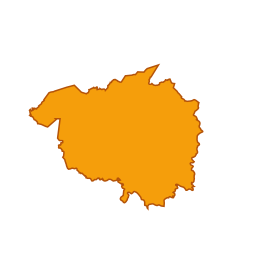 the district of Santiago Jocotepec, Oaxaca, Mexico, rotated 127°
{"feature_id": "50627088B21737017229754", "entity_name": "Santiago Jocotepec", "entity_type": "district", "adm_level": 2, "iso_a3": "MEX", "parent_name": "Mexico", "parent_adm1": "Oaxaca", "projection": "albers", "projection_center": [-95.984, 17.649], "detail": "fine", "context": "isolated", "style": "filled", "palette": "amber", "viewbox_px": 256, "rotation_deg": 127, "n_neighbors": 0, "source": "geoboundaries", "source_scale": "gbopen_adm2", "svg_char_len": 5786}
<svg xmlns="http://www.w3.org/2000/svg" viewBox="0 0 256 256"><g transform="rotate(127 128 128)"><path d="M64.5,117.5L65.4,119.0L65.7,120.3L65.3,121.3L63.7,123.9L64.3,124.6L64.9,124.5L65.1,124.7L65.4,125.2L66.2,125.2L66.8,126.4L66.7,126.8L66.9,127.0L68.2,126.8L70.3,127.5L71.2,128.8L72.8,129.8L73.2,129.8L74.1,129.2L74.7,129.2L75.1,129.7L76.1,130.1L76.5,130.8L77.3,131.4L78.2,133.2L78.3,133.9L78.1,135.7L79.0,135.8L79.4,136.1L80.2,137.3L80.2,137.6L79.9,138.3L79.5,138.6L78.8,138.7L77.8,139.1L77.3,139.7L76.6,140.3L75.5,140.2L75.2,140.4L74.0,140.8L73.4,140.3L59.3,141.6L69.0,148.4L71.0,148.8L73.8,148.9L76.6,152.9L77.3,154.0L80.9,154.2L81.6,155.3L82.2,155.9L83.3,156.5L87.9,161.5L95.1,161.0L95.7,161.2L96.4,162.5L96.4,163.5L96.8,164.2L96.6,164.9L97.0,167.5L97.5,167.8L97.5,168.0L98.2,168.6L100.0,168.8L100.4,169.1L101.6,168.7L102.2,169.6L102.7,169.3L103.9,169.4L104.2,169.1L104.9,169.2L105.1,169.4L105.4,169.5L105.8,169.3L106.3,169.6L107.7,168.5L108.1,168.4L111.5,168.7L111.3,168.9L111.2,170.4L112.2,171.6L112.8,171.8L113.1,172.2L113.2,173.1L113.4,173.3L113.4,174.1L113.7,173.9L113.9,174.3L114.8,174.8L115.9,175.8L115.3,176.4L114.3,176.7L113.9,177.4L114.3,177.8L115.4,178.0L116.0,178.4L116.3,178.8L116.1,179.7L116.2,179.9L117.3,180.0L117.7,180.6L118.2,180.6L119.2,181.3L120.1,181.5L120.7,182.2L120.9,182.3L121.2,181.8L122.0,181.4L123.7,181.0L124.6,181.6L125.7,181.8L127.5,186.7L126.2,196.6L132.4,201.5L142.9,208.9L143.9,209.4L145.8,211.3L147.4,212.3L155.1,212.2L156.2,212.1L156.3,211.6L157.2,211.6L158.5,212.1L159.5,212.2L160.6,211.7L164.1,212.6L164.4,212.1L164.6,212.0L167.0,212.7L167.8,212.5L168.4,213.6L168.3,214.1L169.9,214.4L169.4,214.9L170.0,214.9L170.1,215.2L169.5,215.6L169.6,216.3L169.9,216.5L170.5,215.5L171.4,215.0L172.4,215.3L171.9,217.2L173.2,217.3L173.8,216.3L174.8,215.4L175.0,214.7L176.0,214.4L175.8,213.5L176.3,212.9L177.1,213.6L177.1,212.6L176.4,211.0L177.0,209.4L177.8,208.0L177.4,206.4L177.6,205.5L177.6,204.4L178.9,202.7L178.4,202.3L178.4,201.8L177.3,199.5L176.2,194.6L175.5,192.8L164.5,190.5L164.3,191.5L161.5,187.8L178.5,178.1L179.2,175.8L179.1,175.0L177.5,172.6L178.3,171.7L179.1,171.4L180.1,172.6L180.5,172.5L181.7,171.6L182.2,171.6L182.9,172.8L183.6,173.0L184.1,172.4L185.3,171.7L185.6,171.2L184.7,169.8L185.1,167.7L185.7,167.0L186.0,166.9L186.1,166.5L185.5,165.6L185.7,164.8L186.7,164.0L188.8,162.8L189.3,162.5L190.6,162.5L191.2,159.6L192.7,157.7L192.9,157.2L193.4,156.7L193.8,155.9L195.3,154.1L196.6,151.9L196.5,151.3L196.7,150.8L195.7,149.7L193.9,148.6L193.4,148.0L192.8,146.4L192.3,145.8L191.6,145.5L191.2,144.9L191.3,144.4L191.6,143.8L192.3,143.4L192.4,141.3L192.8,140.3L193.2,139.9L193.0,139.6L192.4,139.2L192.7,138.2L191.8,137.5L192.3,133.4L191.8,133.1L192.1,132.0L193.0,131.7L192.5,130.0L191.2,128.2L191.0,127.4L192.0,125.1L191.4,124.2L190.2,123.8L189.3,123.7L188.5,122.4L186.0,121.8L185.4,120.7L185.5,120.3L186.0,120.3L186.3,119.7L186.1,119.1L185.8,118.8L185.5,118.8L184.9,118.2L184.0,118.1L184.3,117.6L184.2,117.5L184.5,117.4L184.3,116.6L184.7,116.5L184.7,116.0L184.5,115.1L184.1,114.4L182.6,113.2L180.4,112.4L179.4,110.7L179.2,107.9L176.9,105.8L175.9,105.5L174.6,106.2L173.9,105.7L174.0,104.0L174.3,102.9L175.3,103.8L175.4,104.4L176.1,104.5L177.0,103.6L176.7,99.5L176.0,99.4L176.0,99.0L176.9,98.5L176.3,97.7L176.1,97.7L176.3,97.4L176.7,97.5L177.9,98.1L178.2,98.1L178.8,97.4L179.3,96.2L178.9,94.9L178.9,93.9L180.6,93.7L184.6,91.3L185.5,91.4L187.6,92.0L188.8,91.7L189.4,91.3L189.8,90.4L189.8,90.0L189.6,88.2L190.1,86.9L190.0,86.3L189.7,85.7L188.2,85.3L185.9,85.4L184.5,86.0L183.2,86.1L181.9,86.7L181.1,86.9L180.5,89.0L179.8,89.4L179.3,89.2L178.6,88.3L178.5,86.0L178.3,85.6L176.9,85.2L175.4,85.1L174.8,84.6L174.4,82.9L174.3,82.2L174.6,79.9L175.6,76.2L177.0,74.2L176.2,72.3L176.2,71.7L176.8,70.5L177.6,69.7L179.0,68.7L179.6,68.1L179.5,67.6L179.2,67.2L179.1,66.1L179.4,65.5L180.3,64.6L180.5,63.6L178.5,65.2L177.9,65.3L176.4,65.2L173.9,62.9L173.3,61.8L173.3,60.8L172.8,58.9L172.4,58.1L170.7,57.0L170.3,54.6L168.9,52.1L166.1,53.9L164.1,55.7L163.5,55.8L162.4,55.7L160.8,55.1L160.1,54.7L159.3,53.5L158.7,53.6L158.1,53.6L157.6,53.2L157.2,51.3L156.6,50.0L156.2,49.8L155.8,49.9L155.7,51.0L155.4,51.2L154.5,50.1L153.4,50.2L152.5,50.9L152.2,52.5L152.3,53.2L151.9,53.2L150.6,52.3L149.1,52.8L148.8,53.3L148.5,53.4L148.0,53.3L146.6,52.3L146.0,52.2L145.6,52.6L145.3,53.4L144.5,54.0L144.9,55.4L144.4,55.8L143.8,55.5L143.2,54.3L142.9,51.0L141.8,47.8L142.1,46.0L142.8,44.2L142.3,43.5L140.1,42.6L139.3,41.3L139.2,39.3L138.8,38.8L138.4,38.7L138.1,38.8L137.2,39.7L137.1,41.2L136.8,41.3L136.2,41.0L135.0,40.1L135.1,41.0L134.6,41.4L134.7,43.2L134.2,43.5L133.8,44.2L133.3,44.3L133.3,44.0L133.7,43.8L133.2,43.5L131.2,43.2L128.5,44.6L127.9,45.3L125.7,46.8L125.2,46.7L124.7,47.2L124.2,47.4L123.6,48.3L123.0,50.5L123.3,50.9L123.5,51.8L122.6,52.6L121.7,53.0L121.1,52.7L119.5,52.8L119.2,53.5L119.5,54.8L119.6,55.6L119.5,56.1L119.0,56.9L118.6,57.0L117.8,56.8L117.0,55.6L116.1,54.9L115.4,54.9L115.4,55.1L115.1,55.1L115.2,55.6L115.0,56.0L114.6,58.1L114.1,58.6L113.7,58.9L113.0,59.0L111.9,58.1L110.2,57.4L108.2,57.6L107.7,58.0L107.1,57.7L106.0,57.6L105.1,58.2L103.9,59.9L102.5,60.9L101.3,61.1L100.6,61.6L99.0,61.0L98.3,61.0L98.0,61.2L97.5,61.9L97.5,63.7L97.0,64.4L96.0,65.7L92.8,67.9L91.3,68.0L90.5,67.9L88.4,67.3L86.2,66.1L85.8,66.2L85.6,66.5L85.5,67.8L85.7,68.3L84.9,69.7L84.4,71.6L83.6,72.4L82.7,72.5L81.6,73.0L80.8,73.5L80.2,74.3L79.9,75.6L80.1,78.0L79.5,77.7L78.2,79.9L78.0,80.8L78.4,83.3L78.0,83.7L75.9,84.1L74.4,84.6L72.7,84.0L70.5,83.6L69.4,83.8L69.0,84.6L68.4,85.1L67.6,85.6L67.0,85.8L66.1,86.3L65.4,86.5L65.6,86.8L65.1,87.0L65.1,90.5L65.2,91.2L65.6,92.3L67.6,93.3L68.9,94.4L71.2,96.9L71.7,98.3L72.2,98.7L71.7,99.6L71.5,100.7L71.9,103.1L71.7,103.7L70.8,103.9L69.9,107.9L69.8,109.3L69.1,111.1L68.6,116.0L64.5,117.5Z" fill="#f59e0b" stroke="#b45309" stroke-width="1.5"/></g></svg>